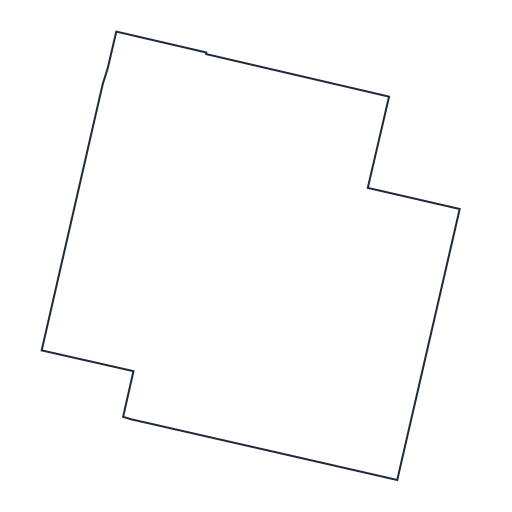 the district of Coal, Oklahoma, United States of America, rotated 103°
{"feature_id": "52423323B50350811267407", "entity_name": "Coal", "entity_type": "district", "adm_level": 2, "iso_a3": "USA", "parent_name": "United States of America", "parent_adm1": "Oklahoma", "projection": "albers", "projection_center": [-96.329, 34.593], "detail": "fine", "context": "isolated", "style": "outline", "palette": "slate", "viewbox_px": 512, "rotation_deg": 103, "n_neighbors": 0, "source": "geoboundaries", "source_scale": "gbopen_adm2", "svg_char_len": 352}
<svg xmlns="http://www.w3.org/2000/svg" viewBox="0 0 512 512"><g transform="rotate(103 256 256)"><path d="M163.4,444.0L396.2,443.6L395.8,349.5L442.6,349.3L443.2,340.8L442.7,161.6L442.5,68.0L164.4,68.1L164.5,162.4L70.8,162.2L70.5,350.0L68.9,350.2L68.8,442.6L106.2,442.7L122.8,444.0L163.4,444.0Z" fill="none" stroke="#1e293b" stroke-width="2"/></g></svg>